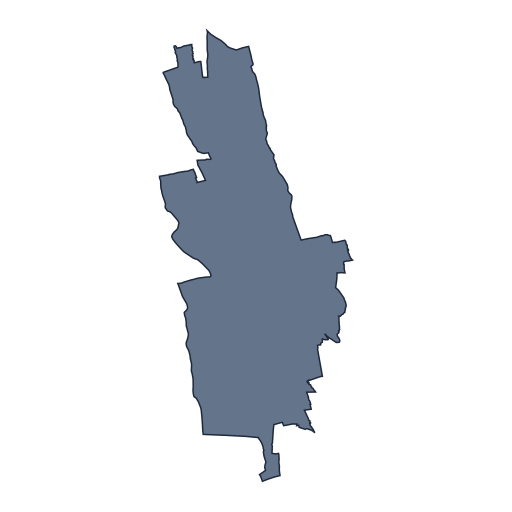 Coroiesti, Bacau, Romania (Equal Earth projection)
{"feature_id": "2599482B8243132142430", "entity_name": "Coroiesti", "entity_type": "district", "adm_level": 2, "iso_a3": "ROU", "parent_name": "Romania", "parent_adm1": "Bacau", "projection": "equal_earth", "projection_center": [27.499, 46.29], "detail": "fine", "context": "isolated", "style": "filled", "palette": "slate", "viewbox_px": 512, "rotation_deg": 0, "n_neighbors": 0, "source": "geoboundaries", "source_scale": "gbopen_adm2", "svg_char_len": 6022}
<svg xmlns="http://www.w3.org/2000/svg" viewBox="0 0 512 512"><path d="M315.6,392.0L314.9,390.9L313.9,390.1L313.2,388.6L311.7,387.5L311.7,387.0L311.0,386.5L310.8,385.3L310.5,384.8L309.0,384.4L308.8,384.1L308.2,383.3L309.0,383.1L309.0,382.7L307.4,382.2L307.1,381.7L308.1,381.1L307.7,380.6L309.0,380.0L309.4,380.4L319.9,376.7L322.4,376.3L317.5,349.0L317.8,348.4L317.9,347.2L317.6,346.2L317.6,345.3L318.4,345.0L320.6,345.0L320.7,344.8L320.7,343.4L320.9,343.1L322.3,342.3L322.4,339.9L322.2,339.1L322.8,338.9L324.1,339.6L325.3,339.7L327.9,339.7L328.2,339.3L328.3,339.1L325.0,334.3L325.1,334.2L327.5,336.6L328.9,337.6L336.3,342.5L339.2,342.3L339.7,341.7L339.7,340.0L338.8,338.0L338.1,337.0L337.5,336.5L337.2,334.9L337.4,333.9L338.8,332.8L338.9,332.2L338.6,331.3L338.6,330.9L339.1,330.9L339.1,330.2L339.7,329.5L339.4,328.4L339.5,326.0L339.2,325.4L338.9,318.3L339.0,316.7L338.7,316.2L340.2,316.2L341.1,315.5L341.5,314.8L343.2,314.0L343.8,313.0L345.0,312.1L344.8,311.1L345.0,310.8L344.9,310.5L345.4,309.6L345.3,308.5L346.1,306.4L346.1,304.8L345.4,301.9L344.4,299.9L343.9,298.0L338.7,290.5L336.7,288.5L335.6,287.7L336.7,280.0L337.1,272.8L338.6,273.0L340.1,272.6L345.0,272.9L344.2,269.1L344.1,264.4L343.7,264.3L343.6,263.6L343.7,262.4L343.9,261.7L346.7,261.0L348.4,261.0L352.5,260.1L350.4,257.8L349.4,255.3L349.0,253.9L348.2,252.6L347.8,250.9L348.3,250.8L348.5,250.4L348.3,249.3L347.6,249.4L347.4,248.9L347.2,245.4L347.0,244.8L346.2,244.4L346.0,242.8L345.5,241.0L344.9,240.7L344.7,240.3L335.3,242.5L335.1,242.1L332.5,242.6L331.0,237.2L330.3,235.5L328.7,235.4L327.6,234.7L325.8,234.7L324.6,234.9L323.2,235.7L321.5,235.7L316.8,237.3L308.0,238.6L301.1,240.1L292.7,216.6L292.6,214.7L291.8,212.9L290.5,207.5L290.6,205.5L291.2,201.7L291.7,200.1L291.9,197.2L291.8,195.8L291.2,194.7L288.9,192.7L287.7,190.4L288.0,187.7L287.2,184.1L286.6,183.6L285.5,181.4L282.8,176.9L281.1,174.9L279.4,173.3L277.5,169.6L276.2,166.2L276.3,165.0L276.0,163.9L275.3,163.0L274.9,162.1L274.8,161.2L273.6,158.9L273.6,157.3L274.0,154.9L269.9,149.0L270.1,148.3L269.5,148.0L268.1,145.2L267.1,143.7L266.5,140.7L265.8,139.5L265.8,138.5L267.1,134.3L267.3,132.6L266.6,131.5L266.2,130.0L266.4,128.2L266.4,127.6L266.0,126.9L266.5,126.2L266.6,125.5L265.9,123.3L265.6,120.6L264.0,117.0L263.1,114.3L263.0,112.1L262.5,111.4L262.3,109.7L261.6,107.8L259.8,97.3L258.6,88.0L257.4,82.7L256.3,79.0L256.0,77.2L254.8,74.1L253.2,72.4L252.4,71.1L251.6,68.3L251.0,66.9L251.2,66.2L252.9,64.9L253.1,64.0L251.8,59.8L251.0,55.6L248.6,46.4L242.3,47.9L236.3,50.0L230.2,48.0L227.3,46.5L225.9,44.7L221.0,40.5L215.7,37.5L210.7,34.2L207.1,30.7L207.5,32.3L207.0,37.5L207.2,40.9L207.2,50.2L207.8,54.1L207.8,56.1L207.0,61.5L207.4,65.9L207.3,68.7L207.6,71.3L207.8,77.1L204.2,77.6L204.1,77.3L203.0,77.3L202.6,76.9L200.8,61.5L198.8,61.6L194.4,62.8L194.0,62.5L194.2,60.7L194.0,60.3L192.9,59.5L192.9,59.2L193.4,58.7L192.9,58.2L192.7,56.9L193.1,56.1L192.4,55.2L192.3,54.6L193.1,53.8L192.6,52.3L192.8,51.7L192.5,51.4L192.0,49.7L192.6,48.1L191.8,46.6L191.8,44.5L190.1,44.6L189.9,44.9L183.8,46.0L181.5,47.2L180.1,47.7L178.7,47.7L177.0,48.4L176.5,47.2L175.6,45.9L174.2,46.0L174.0,46.8L174.6,48.8L175.1,49.8L175.0,50.5L175.6,51.2L175.2,52.6L177.0,56.0L176.7,56.9L177.1,57.9L177.4,59.6L177.1,60.1L177.4,60.5L177.4,61.6L177.8,62.5L178.0,63.7L178.0,66.2L177.9,67.2L163.9,72.1L163.2,72.5L163.3,73.4L164.5,75.3L165.6,78.0L168.9,84.6L169.5,87.0L169.8,89.6L172.9,99.0L173.1,100.0L173.0,102.1L173.5,104.3L174.7,106.4L177.1,108.5L177.5,109.2L178.1,111.0L179.8,112.9L181.9,118.5L183.0,120.6L183.4,122.6L184.0,124.3L185.4,126.9L186.2,130.3L186.6,132.9L187.6,135.3L191.9,141.5L192.6,143.5L193.5,144.9L196.4,148.4L196.7,149.1L196.6,149.4L197.2,150.1L197.6,151.4L203.2,153.4L203.9,153.4L208.4,152.8L209.5,155.8L211.1,158.8L210.5,159.2L209.3,159.4L206.6,159.2L205.6,159.9L197.1,160.3L198.0,165.3L201.9,172.5L205.5,180.4L197.0,182.5L197.1,181.6L195.5,178.1L196.6,177.6L194.6,172.0L194.2,171.5L193.3,169.3L190.6,170.0L187.8,171.2L184.7,171.4L178.0,172.5L173.3,173.9L169.1,174.4L169.0,174.7L159.5,176.3L159.6,178.1L160.7,180.9L160.7,183.9L161.0,188.8L161.5,189.8L162.0,193.0L162.9,196.3L164.7,201.3L165.5,204.0L165.2,206.6L165.3,207.9L167.5,211.0L169.7,211.7L171.5,213.0L177.3,219.9L178.1,221.0L179.0,223.2L178.6,224.2L178.1,227.1L177.6,228.5L176.8,229.6L174.0,232.2L172.4,234.4L171.7,236.5L172.5,238.7L174.9,242.0L177.8,245.4L182.5,250.5L184.4,252.2L193.1,258.0L195.4,259.0L196.2,259.0L198.4,260.2L202.5,263.8L208.8,270.3L210.0,272.4L211.0,275.5L210.7,276.4L209.8,276.9L205.7,277.1L197.8,278.2L194.0,279.3L191.3,279.9L183.9,282.1L182.0,283.0L179.4,283.4L177.8,283.4L182.6,296.7L186.8,303.9L187.6,307.0L187.6,308.0L187.2,309.2L185.9,310.9L184.5,312.1L184.2,312.8L184.8,315.8L185.7,318.3L186.2,322.1L186.3,326.3L186.8,327.4L187.5,330.6L188.1,332.4L188.4,334.4L188.1,336.5L187.4,339.3L186.3,342.2L186.1,343.9L186.7,346.8L188.3,349.7L189.1,351.9L189.9,355.1L190.5,358.5L190.3,358.6L191.4,363.0L191.6,365.4L191.4,369.4L191.4,371.0L192.2,373.9L193.1,379.0L193.2,386.5L193.0,390.4L193.3,393.8L194.0,396.6L196.3,398.3L198.5,402.0L200.8,408.0L201.2,409.9L202.1,418.9L202.8,430.8L203.2,434.4L227.5,435.4L246.2,436.4L258.4,437.6L258.9,438.8L260.9,441.5L262.2,444.3L263.1,447.0L263.4,449.0L263.9,450.3L263.4,451.4L263.6,453.7L264.1,456.4L265.9,462.0L265.0,465.1L264.7,467.8L265.5,469.9L265.4,470.5L259.5,474.6L260.7,476.5L262.4,481.3L269.5,478.6L274.4,477.0L280.0,475.6L279.3,470.4L279.4,466.2L278.8,462.3L279.1,459.3L278.8,454.3L278.5,453.4L276.0,453.9L272.0,453.4L272.3,445.9L271.7,444.4L272.4,443.2L273.3,429.5L273.9,424.6L282.3,422.3L283.7,425.7L293.4,423.8L293.8,424.1L297.0,424.0L296.6,425.7L298.7,425.3L299.1,426.4L299.1,427.3L305.2,429.3L306.5,428.7L307.5,428.7L308.8,429.4L310.5,429.8L312.7,430.9L314.8,432.8L313.2,429.6L311.5,427.0L310.4,425.7L309.7,423.3L310.5,423.2L310.5,422.6L309.9,422.0L309.8,420.7L308.9,420.4L308.6,419.8L308.2,418.4L304.4,410.2L311.2,409.2L310.1,404.5L310.7,404.4L310.3,402.8L309.6,400.8L309.2,400.6L308.4,398.4L308.5,397.3L306.6,392.2L315.6,392.0Z" fill="#64748b" stroke="#1e293b" stroke-width="1.5"/></svg>